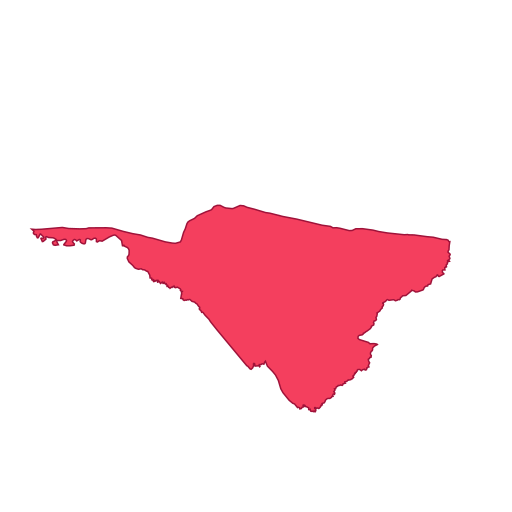 outline of Playas, Guayas, Ecuador, rotated 142°
{"feature_id": "8360857B78942405683114", "entity_name": "Playas", "entity_type": "district", "adm_level": 2, "iso_a3": "ECU", "parent_name": "Ecuador", "parent_adm1": "Guayas", "projection": "orthographic", "projection_center": [-80.419, -2.59], "detail": "fine", "context": "isolated", "style": "filled", "palette": "rose", "viewbox_px": 512, "rotation_deg": 142, "n_neighbors": 0, "source": "geoboundaries", "source_scale": "gbopen_adm2", "svg_char_len": 6123}
<svg xmlns="http://www.w3.org/2000/svg" viewBox="0 0 512 512"><g transform="rotate(142 256 256)"><path d="M214.9,111.5L215.0,112.2L216.8,114.2L220.3,116.8L220.6,118.7L226.0,126.5L226.4,128.3L225.0,129.8L223.5,129.9L220.9,128.5L219.6,128.5L218.9,129.0L218.5,128.7L216.6,128.6L216.4,128.8L215.0,128.5L210.6,128.4L208.8,129.0L208.4,129.6L205.7,129.2L204.6,130.2L204.5,131.1L202.8,132.1L201.8,131.5L200.3,131.7L199.2,133.8L198.0,134.1L196.8,135.1L195.9,136.0L195.8,136.6L192.3,136.4L190.8,137.1L188.5,137.3L188.0,138.2L186.3,138.5L185.3,139.3L185.0,140.0L185.3,140.6L184.9,141.0L182.0,140.5L179.7,140.9L179.1,140.6L178.5,139.2L174.7,137.0L174.2,136.4L173.7,134.9L172.0,134.2L170.9,134.2L170.0,133.3L169.0,133.3L167.7,134.2L166.5,134.1L165.0,134.4L162.2,132.6L155.3,132.8L154.4,133.2L152.9,131.1L152.5,129.5L150.8,128.3L145.4,126.5L144.8,126.5L142.8,127.6L141.8,127.7L140.7,127.6L139.2,126.7L138.0,127.5L135.6,126.5L131.4,129.5L128.6,129.4L127.0,128.9L124.8,129.5L124.5,129.2L124.7,127.8L124.4,127.1L119.0,126.2L118.8,126.5L119.2,128.3L118.0,129.9L117.2,129.9L115.7,128.7L114.4,130.7L113.6,130.5L113.3,130.7L112.9,130.2L112.5,130.2L111.7,131.8L109.9,132.0L109.5,132.9L108.6,133.1L108.1,134.3L107.8,134.3L107.4,133.0L106.8,132.7L106.7,134.4L105.3,134.4L104.7,134.7L103.9,137.0L102.4,137.4L101.9,137.9L102.3,140.8L101.5,141.6L100.1,142.1L97.4,145.2L94.5,147.9L95.0,148.1L95.1,148.7L94.9,150.1L95.7,151.6L99.1,154.6L104.8,161.7L109.2,165.8L118.5,175.3L122.8,178.8L123.2,179.5L126.0,181.4L138.3,193.3L144.2,199.7L147.9,204.4L155.1,211.8L160.5,216.0L164.5,216.9L166.9,218.6L172.7,226.1L175.1,228.7L178.0,230.8L179.1,233.5L185.0,239.6L201.2,260.0L210.5,270.6L218.7,281.2L221.7,284.3L228.4,293.8L233.1,299.9L234.8,303.1L237.4,305.6L244.4,307.4L245.6,308.0L250.2,312.4L251.2,313.9L253.1,318.0L255.4,319.8L258.7,320.8L262.4,319.9L263.7,320.1L268.1,321.6L277.5,323.9L281.3,323.5L286.5,324.6L288.6,324.7L290.5,324.0L295.1,320.9L298.5,319.2L305.0,314.5L307.0,313.7L311.7,315.6L314.0,317.7L318.8,323.0L326.6,333.8L329.8,337.3L334.1,343.7L339.4,349.5L345.3,356.9L352.4,366.7L356.7,370.5L365.4,377.2L370.5,381.1L373.0,382.1L378.2,385.9L386.7,393.0L391.0,397.7L408.8,409.3L413.4,412.6L416.2,415.2L415.7,412.2L417.2,411.3L417.5,410.6L417.3,409.3L416.0,408.1L416.8,406.7L417.1,404.9L416.3,404.5L412.6,406.2L412.2,406.0L411.6,401.5L412.0,401.1L412.7,401.0L414.3,402.3L414.7,402.2L415.5,398.9L414.7,398.5L411.2,398.6L410.0,400.3L409.5,400.4L409.0,400.1L408.1,398.3L404.5,395.1L403.6,393.0L403.3,392.1L403.7,391.8L405.5,391.8L407.2,392.3L408.3,391.7L408.8,389.5L407.7,388.1L404.8,386.5L404.2,389.8L403.6,390.5L403.1,390.6L400.5,388.5L396.9,387.3L395.7,386.2L395.7,384.9L396.5,384.3L400.3,383.4L400.6,383.1L399.0,380.7L396.5,378.7L392.7,376.5L391.7,377.3L391.9,379.8L391.6,380.5L390.4,380.9L389.0,380.9L388.2,379.9L388.0,378.2L385.3,377.9L384.7,377.5L384.5,376.8L385.7,375.6L385.7,374.7L385.3,373.2L384.4,371.8L383.5,371.1L382.5,371.3L379.8,373.8L378.4,373.8L377.2,372.7L376.0,370.3L375.0,369.9L372.7,369.7L371.5,368.8L371.3,367.7L372.9,365.6L372.4,364.7L369.9,364.4L368.1,362.4L359.8,361.3L355.9,360.3L354.5,359.6L353.8,358.7L352.4,351.0L354.9,346.3L354.4,345.7L353.5,345.8L353.5,344.5L352.1,341.8L352.0,340.3L352.5,338.5L355.0,335.5L356.2,334.8L357.9,334.5L358.9,333.4L359.8,329.6L358.9,324.5L358.9,321.7L358.5,320.5L356.8,317.9L354.3,316.6L353.8,315.0L352.4,313.8L351.6,311.5L350.8,310.5L351.5,306.3L353.0,303.9L351.9,302.8L352.0,302.2L352.8,301.5L352.2,300.3L351.5,300.5L351.3,299.7L352.4,299.2L352.4,298.8L351.0,298.2L350.2,298.4L349.3,298.0L349.4,297.1L348.7,297.5L348.2,297.3L348.2,296.4L348.6,296.6L349.4,295.9L347.9,295.3L348.2,293.2L345.9,293.2L345.8,292.8L346.6,292.7L345.8,291.8L345.9,291.5L345.2,291.3L345.1,292.1L344.4,291.7L344.8,290.4L344.6,289.6L343.9,289.4L344.4,288.3L343.8,287.4L344.7,286.8L344.0,286.3L344.2,285.1L343.5,284.0L343.6,283.5L341.8,283.5L341.5,282.9L340.3,283.1L339.7,282.4L339.1,282.7L339.1,281.9L339.5,281.6L339.1,280.7L337.1,279.8L335.9,276.7L336.0,275.9L336.7,275.6L336.7,274.5L335.9,273.5L337.1,273.2L338.0,271.7L338.3,271.7L341.4,268.9L340.0,267.4L340.4,266.5L340.0,265.2L338.4,264.5L337.9,263.9L337.0,263.9L336.2,263.0L335.4,262.9L334.8,262.3L334.4,259.7L332.7,257.4L332.6,256.0L332.0,254.4L332.2,251.8L331.9,250.3L332.5,249.5L332.9,249.6L333.5,248.6L333.0,247.1L333.5,245.1L332.9,244.9L332.5,244.1L332.6,240.7L332.0,235.1L332.3,232.4L332.2,221.8L330.8,175.2L330.3,174.1L330.2,170.7L329.6,169.7L327.5,169.9L325.4,171.1L324.4,172.6L323.8,172.7L323.4,172.1L324.5,169.8L322.2,168.3L321.2,168.1L321.4,166.5L320.9,166.5L320.1,168.3L318.6,167.3L317.5,167.3L316.4,165.9L314.6,167.0L313.4,167.3L314.8,162.2L314.0,154.8L313.9,150.2L315.0,144.2L318.2,136.1L318.9,131.6L318.7,121.8L317.7,117.3L316.7,115.7L316.6,111.0L316.0,110.9L315.1,109.6L315.6,108.5L314.2,107.9L312.6,108.4L311.8,107.9L311.0,108.5L310.8,109.4L310.0,109.2L309.4,108.0L310.1,107.3L309.1,106.3L308.0,103.9L309.0,102.5L308.6,102.0L307.7,101.8L308.4,100.1L307.7,99.2L307.2,99.1L306.6,98.0L305.6,98.2L305.7,97.3L305.3,96.8L304.1,97.3L303.3,98.4L303.2,99.4L303.6,99.8L303.1,100.4L302.5,100.0L302.1,98.8L300.9,98.2L300.6,97.3L300.1,97.1L298.2,97.4L297.3,98.0L296.7,97.8L296.5,98.3L295.4,97.9L294.8,99.1L292.5,98.3L290.9,99.0L290.1,99.6L288.3,99.8L287.0,99.5L285.5,98.3L283.6,98.1L282.6,98.6L281.7,98.0L281.3,98.9L280.3,99.6L279.6,99.4L279.3,98.7L278.5,99.2L278.1,100.0L278.2,101.2L276.4,101.7L275.9,103.0L275.0,102.4L273.1,103.5L271.9,103.0L271.0,103.4L269.7,102.4L268.7,102.3L267.8,101.0L267.1,101.0L266.0,101.7L264.0,100.8L264.0,101.6L263.4,102.2L261.8,101.3L259.6,101.6L259.5,101.2L257.4,100.2L256.5,100.3L256.0,100.0L253.7,100.3L253.6,101.6L253.4,101.8L252.2,101.7L250.4,102.8L250.1,102.3L249.3,102.9L248.7,102.6L248.0,103.1L247.3,103.0L246.5,103.7L245.6,103.8L244.0,102.6L243.6,100.7L242.0,100.8L240.1,99.9L240.2,98.9L239.0,98.4L237.5,99.6L237.1,99.3L236.1,99.5L235.3,99.1L234.8,100.6L232.2,101.9L232.0,103.7L231.2,105.4L230.8,105.6L229.8,105.3L228.8,106.0L227.7,105.4L226.4,106.6L226.4,107.8L225.6,109.1L223.7,110.0L222.9,109.8L221.9,110.3L221.2,111.3L220.4,111.8L218.1,112.1L214.9,111.5Z" fill="#f43f5e" stroke="#9f1239" stroke-width="1.5"/></g></svg>